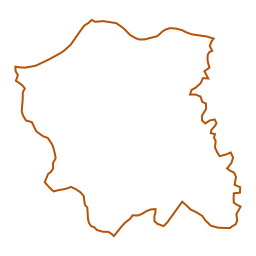 the district of Porecatu, Paraná, Brazil
{"feature_id": "56859067B39317815374127", "entity_name": "Porecatu", "entity_type": "district", "adm_level": 2, "iso_a3": "BRA", "parent_name": "Brazil", "parent_adm1": "Paraná", "projection": "orthographic", "projection_center": [-51.4, -22.744], "detail": "fine", "context": "isolated", "style": "outline", "palette": "amber", "viewbox_px": 256, "rotation_deg": 0, "n_neighbors": 0, "source": "geoboundaries", "source_scale": "gbopen_adm2", "svg_char_len": 1943}
<svg xmlns="http://www.w3.org/2000/svg" viewBox="0 0 256 256"><path d="M15.4,66.7L15.6,71.2L17.9,75.1L15.9,80.7L22.1,85.1L24.8,88.4L22.8,92.4L22.7,99.3L21.7,111.4L23.1,115.7L26.0,120.5L31.8,122.1L34.1,126.9L36.3,131.3L40.6,134.5L43.4,136.4L47.7,137.9L50.4,141.8L52.3,144.8L53.6,148.5L55.1,154.9L55.6,158.4L52.9,163.1L53.2,168.5L50.7,172.0L48.0,174.2L44.7,182.2L48.6,186.6L53.5,191.4L59.3,190.0L62.4,189.5L67.9,188.2L70.8,186.9L75.7,189.1L80.6,192.4L83.8,196.2L84.3,200.7L85.0,205.1L87.3,207.5L88.0,218.6L88.8,222.7L90.9,225.9L94.7,227.6L96.8,230.0L102.8,231.7L108.5,231.9L111.2,233.6L113.9,236.1L121.3,226.8L124.9,222.8L130.1,218.8L132.7,215.3L138.1,215.5L142.3,213.7L146.3,211.2L150.5,209.5L155.5,209.1L155.4,213.0L154.3,216.3L154.5,221.3L157.5,223.9L163.6,226.1L167.3,222.4L182.2,201.7L186.1,205.1L190.6,209.5L196.3,212.2L202.2,215.9L205.4,220.4L210.8,225.7L218.0,227.7L229.8,228.1L232.6,226.0L235.5,224.5L237.2,220.5L236.4,214.2L240.6,206.6L236.6,204.6L233.8,202.6L233.6,197.5L233.8,193.3L239.9,192.7L240.2,187.3L234.6,184.8L236.0,176.9L234.2,172.7L230.0,170.6L227.1,168.5L231.5,162.8L233.1,157.6L230.7,152.5L226.5,154.3L219.7,156.2L217.0,152.0L215.0,147.4L215.7,141.0L214.0,137.6L215.0,134.1L210.8,133.2L211.5,129.7L214.5,126.5L216.5,123.4L214.8,119.5L209.8,120.4L205.3,123.5L202.1,120.6L201.9,115.9L206.1,108.9L205.9,103.5L202.4,102.0L200.4,96.5L195.3,94.5L190.0,94.5L191.5,90.0L195.7,87.6L200.8,83.0L202.9,78.1L208.2,78.5L206.5,75.2L204.4,71.3L209.4,67.6L208.2,63.4L207.5,59.6L207.7,55.0L209.3,52.1L212.2,50.8L209.8,46.1L211.4,41.6L213.6,38.6L206.8,36.5L201.1,35.7L191.7,34.3L185.7,32.1L182.2,30.2L176.2,28.6L170.0,28.1L165.2,29.7L162.4,31.5L159.7,34.0L157.2,36.2L144.8,39.4L139.5,39.5L136.1,38.4L130.2,35.1L124.1,28.8L121.3,26.6L116.1,23.1L103.1,21.1L95.2,21.8L91.8,19.9L88.3,23.1L84.6,25.3L81.8,28.8L70.8,44.6L64.5,50.3L61.2,52.7L49.0,59.4L35.5,65.8L25.4,67.6L21.3,67.5L15.4,66.7Z" fill="none" stroke="#b45309" stroke-width="2"/></svg>